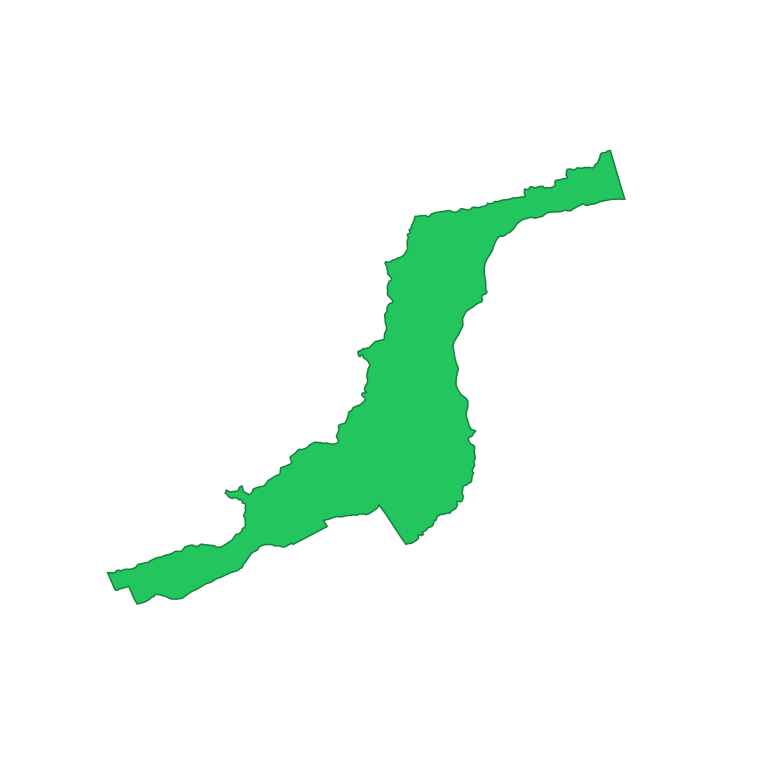 outline of Thika Town, Central, Kenya, rotated 303°
{"feature_id": "3690345B96807773656326", "entity_name": "Thika Town", "entity_type": "district", "adm_level": 2, "iso_a3": "KEN", "parent_name": "Kenya", "parent_adm1": "Central", "projection": "mercator", "projection_center": [37.162, -1.055], "detail": "fine", "context": "isolated", "style": "filled", "palette": "green", "viewbox_px": 768, "rotation_deg": 303, "n_neighbors": 0, "source": "geoboundaries", "source_scale": "gbopen_adm2", "svg_char_len": 6139}
<svg xmlns="http://www.w3.org/2000/svg" viewBox="0 0 768 768"><g transform="rotate(303 384 384)"><path d="M75.2,254.9L65.1,270.3L64.9,271.7L66.3,273.0L67.9,273.6L72.0,277.5L75.1,279.9L74.3,281.7L67.5,291.9L65.0,296.8L70.3,301.7L72.0,302.8L75.6,304.5L79.5,305.7L80.4,306.8L81.9,306.7L83.5,307.4L85.1,310.7L87.0,317.0L87.8,322.7L90.7,327.3L93.3,330.4L94.8,331.6L102.0,334.3L105.8,336.1L110.1,338.9L119.2,343.3L123.7,346.9L129.4,349.5L133.9,353.0L141.8,357.7L147.8,362.9L150.9,363.8L152.6,365.0L156.3,364.3L159.1,364.8L169.2,364.9L172.5,366.2L174.4,367.5L176.3,368.3L178.4,368.0L180.1,368.4L182.1,369.5L183.9,371.2L187.3,375.5L188.5,378.5L188.8,380.5L191.3,384.7L192.2,388.1L193.7,389.7L200.4,393.5L200.0,395.1L233.6,414.0L236.7,407.6L240.7,411.4L246.8,416.1L249.7,421.2L252.7,423.8L258.3,430.7L259.1,432.7L262.2,434.5L263.3,437.2L264.3,438.0L264.4,439.9L267.5,442.3L276.0,445.9L277.5,446.0L279.9,445.4L276.0,456.0L264.0,483.3L261.5,489.8L263.0,490.9L265.6,494.0L271.3,496.6L273.1,497.0L276.0,495.1L277.1,496.2L277.2,497.8L279.2,499.0L280.7,496.9L283.5,498.7L285.2,499.2L286.9,498.9L290.7,501.7L292.9,501.8L297.1,500.7L298.3,501.9L301.7,500.7L305.6,502.7L307.3,505.1L310.1,507.4L311.4,509.4L315.4,510.2L318.3,511.9L322.5,511.7L324.5,509.2L325.6,509.7L327.1,512.6L328.3,513.1L330.1,512.9L333.2,511.4L334.9,509.0L335.9,508.2L337.8,507.9L340.5,506.3L341.9,506.3L344.8,508.5L347.4,509.1L348.8,510.4L350.4,510.3L354.5,508.2L358.1,507.6L358.4,506.1L359.5,505.2L361.3,504.6L365.0,504.5L367.4,501.8L371.4,501.0L374.5,498.4L375.4,497.1L380.8,494.2L381.4,492.2L381.0,489.7L381.6,487.8L383.8,484.4L385.5,484.1L387.9,486.2L391.7,485.9L393.3,486.5L394.6,486.4L393.7,482.8L393.9,480.6L395.4,477.9L396.9,476.5L401.3,471.1L403.6,469.2L405.1,468.4L409.3,467.3L415.1,463.9L416.2,462.0L416.7,460.1L416.9,455.7L417.5,453.5L419.8,448.4L421.7,445.9L423.0,444.5L428.1,441.5L432.9,439.5L436.7,438.4L438.4,436.9L441.0,433.0L444.2,429.5L453.7,421.0L456.9,419.9L466.6,419.5L474.8,418.6L476.3,418.1L481.8,414.2L488.3,413.5L490.5,413.7L497.9,416.9L502.5,418.5L505.9,421.0L507.5,421.2L509.9,418.7L511.5,418.2L512.8,418.6L515.5,420.4L517.2,420.3L519.0,417.7L524.3,414.2L530.8,408.4L534.7,405.7L538.1,403.9L542.7,402.4L554.4,402.2L555.9,402.0L558.9,400.9L565.6,399.8L569.8,400.0L571.3,401.1L573.1,403.6L574.8,404.5L578.0,405.6L579.4,406.9L585.5,408.3L590.8,408.2L596.7,410.3L602.8,415.4L603.9,416.7L605.4,420.4L609.5,424.2L611.4,425.8L614.5,426.7L617.9,428.7L624.9,438.5L628.8,441.5L629.2,443.6L631.2,446.6L633.5,447.0L643.1,452.5L643.7,454.2L643.8,456.2L644.9,457.8L646.4,458.6L649.9,462.7L654.9,466.2L663.5,475.0L670.2,485.3L675.5,478.8L703.1,446.6L701.3,444.6L699.6,444.3L695.8,440.5L694.4,440.6L691.6,441.6L687.6,442.2L686.1,442.9L683.1,441.6L681.6,442.0L679.8,441.9L678.4,440.9L677.8,438.9L674.4,433.8L672.8,432.7L670.5,428.2L667.6,427.4L665.3,422.4L663.8,420.8L662.4,421.0L658.2,423.1L657.4,425.3L655.9,425.2L653.3,421.9L651.7,421.1L648.4,417.1L647.1,417.0L644.3,418.9L643.0,419.1L641.4,418.5L638.7,416.1L637.3,413.4L635.9,412.3L635.8,411.1L636.3,409.8L635.8,408.5L633.9,406.4L630.9,404.4L629.8,400.2L628.5,399.0L626.7,399.3L625.4,398.9L624.1,395.7L620.7,397.6L619.3,399.0L618.8,400.3L617.3,400.0L616.4,398.2L612.1,393.5L610.2,390.8L607.8,389.0L605.3,386.5L603.1,383.5L598.2,379.4L597.4,377.5L595.0,376.9L592.8,374.6L592.0,372.4L589.9,372.7L588.5,371.9L582.7,366.5L581.4,363.0L579.8,361.8L577.6,361.3L575.7,360.4L573.8,354.6L572.9,353.2L571.8,352.5L569.3,352.2L566.5,349.9L565.9,348.7L565.5,345.7L564.6,343.7L555.8,333.8L552.2,331.1L549.6,330.8L547.9,329.5L548.1,327.5L545.4,323.4L542.7,320.6L541.7,318.9L540.0,319.0L538.2,320.2L536.3,320.2L530.5,321.2L529.2,322.3L527.2,321.1L525.0,323.6L522.1,322.1L520.9,323.2L520.5,324.7L516.8,325.4L514.1,327.1L510.2,330.3L503.9,330.5L502.3,330.2L499.1,328.9L497.2,326.9L495.6,326.3L492.3,323.7L489.7,322.6L488.0,320.5L487.6,318.8L485.8,319.1L483.7,322.8L478.4,327.2L476.8,332.6L475.3,333.7L472.9,332.4L468.3,333.4L465.4,335.1L463.2,337.0L461.4,337.7L460.5,338.9L459.0,344.7L458.3,346.1L457.0,347.1L455.6,345.6L454.2,344.9L451.4,344.6L449.5,345.1L446.3,347.0L443.6,346.6L441.7,347.2L438.2,350.4L436.7,351.1L433.2,355.0L430.8,356.6L427.7,356.8L425.6,357.5L422.9,359.2L421.0,359.5L415.2,353.9L413.9,353.3L407.2,352.0L406.0,351.3L404.8,350.0L403.0,349.0L402.2,347.2L399.8,346.7L398.7,345.6L397.0,344.5L395.1,345.8L393.9,347.4L393.9,349.0L396.0,349.1L396.9,350.2L395.5,351.4L394.9,352.6L394.6,357.5L392.1,362.1L388.5,362.3L382.1,364.9L380.7,365.7L378.4,368.1L376.8,369.0L375.0,369.6L373.2,369.4L370.2,369.9L368.4,370.9L367.6,372.5L367.7,374.0L366.1,373.3L365.2,371.2L363.3,370.8L362.3,372.1L361.7,375.7L360.4,376.9L358.3,376.7L356.4,376.0L354.0,375.6L347.9,371.2L346.4,370.9L344.5,371.4L341.6,369.8L334.5,372.2L330.5,372.5L329.0,372.1L328.3,371.1L325.8,369.1L324.0,368.7L320.6,371.2L317.8,372.1L315.2,372.2L313.9,372.9L311.6,376.8L309.5,377.2L307.6,376.0L304.7,372.6L303.6,368.5L300.9,365.0L300.4,362.6L298.5,359.9L298.0,358.4L296.7,357.0L291.7,354.6L288.9,354.3L284.8,351.4L283.0,348.5L281.7,347.8L277.1,347.1L271.8,345.0L270.7,345.9L267.6,349.5L266.3,349.3L261.3,346.0L257.8,343.1L256.6,343.3L252.3,345.6L250.7,345.3L247.7,343.0L240.0,339.5L234.4,339.2L232.7,338.6L228.5,334.3L225.7,332.2L224.3,331.5L221.7,332.3L220.3,332.3L218.7,331.7L217.6,330.9L217.6,326.8L217.1,325.0L221.1,320.5L220.0,319.5L218.3,319.1L214.9,319.8L209.4,313.6L209.2,309.6L206.2,310.2L205.9,312.1L204.9,315.0L204.8,316.5L205.4,319.1L207.4,320.7L208.4,322.7L207.8,324.3L208.1,326.0L209.3,327.9L208.7,328.9L207.2,329.8L207.8,333.2L206.7,334.3L204.4,334.9L203.3,336.7L196.9,338.0L195.7,340.9L192.8,342.5L190.8,344.4L189.2,345.1L187.9,345.1L186.0,344.1L182.3,344.7L179.3,344.0L177.1,341.7L171.2,341.7L169.6,341.3L159.0,336.5L157.0,334.2L156.1,332.6L155.8,329.4L151.1,320.2L150.3,318.0L145.5,315.6L144.5,310.7L142.6,308.8L139.5,306.2L138.0,305.7L134.0,305.4L132.1,303.7L130.7,301.0L129.6,299.8L127.9,299.3L124.4,297.0L121.2,293.8L119.9,292.8L118.1,292.0L115.8,289.3L114.1,287.8L109.0,284.6L105.9,283.2L98.7,275.9L94.9,275.6L91.0,272.9L87.3,267.4L84.1,265.2L83.5,263.2L82.3,261.5L78.8,260.9L75.2,254.9Z" fill="#22c55e" stroke="#15803d" stroke-width="1.5"/></g></svg>